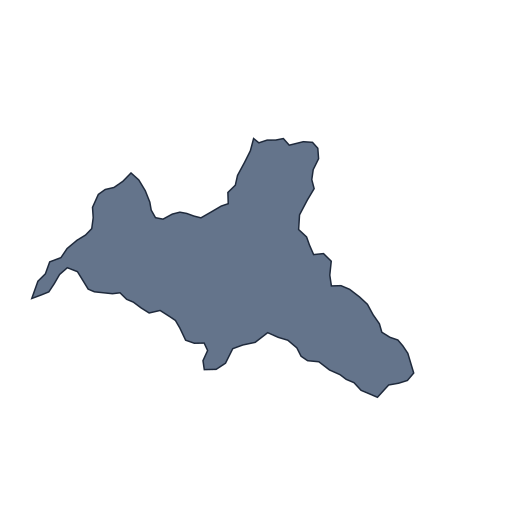 Barueri, São Paulo, Brazil, rotated 203°
{"feature_id": "56859067B64169293019313", "entity_name": "Barueri", "entity_type": "district", "adm_level": 2, "iso_a3": "BRA", "parent_name": "Brazil", "parent_adm1": "São Paulo", "projection": "equal_earth", "projection_center": [-46.873, -23.512], "detail": "fine", "context": "isolated", "style": "filled", "palette": "slate", "viewbox_px": 512, "rotation_deg": 203, "n_neighbors": 0, "source": "geoboundaries", "source_scale": "gbopen_adm2", "svg_char_len": 1590}
<svg xmlns="http://www.w3.org/2000/svg" viewBox="0 0 512 512"><g transform="rotate(203 256 256)"><path d="M403.5,283.6L407.7,272.8L413.5,263.6L420.8,258.3L425.2,251.1L425.5,236.9L420.8,227.6L417.9,217.0L421.1,208.7L426.9,200.6L432.8,189.1L434.9,178.3L443.6,170.0L442.9,157.3L446.9,147.6L445.8,129.3L438.6,136.1L432.7,142.0L430.9,151.6L429.6,162.2L425.1,171.5L414.2,171.8L404.9,165.2L397.5,159.9L390.8,159.9L383.2,162.2L373.4,165.2L366.8,169.0L358.2,165.6L350.8,165.6L341.5,163.3L332.1,161.8L323.0,168.4L312.9,166.7L305.0,165.2L297.9,159.9L287.9,151.0L278.7,151.6L269.7,155.6L263.6,150.1L263.9,138.9L259.2,131.2L248.4,136.1L242.2,145.4L241.2,161.6L233.3,169.0L223.0,176.2L215.3,190.0L203.8,189.8L193.8,190.9L182.5,187.4L175.3,181.3L167.6,179.8L156.8,183.2L143.8,179.8L132.2,179.6L124.9,177.7L116.3,177.7L106.8,173.4L89.0,173.4L83.5,189.1L74.9,194.7L68.0,200.6L65.1,209.9L71.0,217.0L78.2,225.7L85.8,230.7L92.6,234.1L101.0,233.5L110.4,235.0L115.9,241.8L125.3,247.7L134.6,255.1L144.8,258.8L156.8,261.9L166.2,261.9L174.9,257.9L180.6,267.2L184.7,280.6L194.8,284.6L203.5,279.8L211.1,287.0L216.9,293.3L227.1,297.0L232.0,310.9L230.6,327.7L228.8,340.7L234.5,348.1L237.1,357.9L236.4,370.0L241.2,379.3L248.4,382.7L257.1,379.7L268.7,371.0L276.7,374.8L283.2,370.4L291.1,367.0L297.6,361.3L304.1,363.2L302.3,350.6L303.1,337.9L304.5,323.0L302.7,313.1L306.7,303.5L302.0,293.3L307.5,288.4L314.7,278.7L321.6,269.6L328.8,268.5L336.4,268.1L343.2,266.6L349.4,261.9L356.0,253.6L363.5,252.0L370.4,257.3L374.8,264.1L383.4,272.8L393.6,280.2L403.5,283.6Z" fill="#64748b" stroke="#1e293b" stroke-width="1.5"/></g></svg>